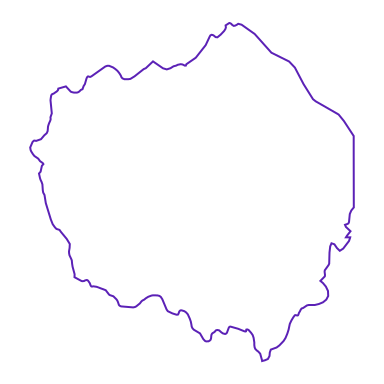 SVG path tracing the border of Olancho
{"feature_id": "HND-642", "entity_name": "Olancho", "entity_type": "Department", "adm_level": 1, "iso_a3": "HND", "parent_name": "Honduras", "parent_adm1": "", "projection": "equal_earth", "projection_center": [-86.074, 14.814], "detail": "fine", "context": "isolated", "style": "outline", "palette": "violet", "viewbox_px": 384, "rotation_deg": 0, "n_neighbors": 0, "source": "natural_earth", "source_scale": "10m", "svg_char_len": 3816}
<svg xmlns="http://www.w3.org/2000/svg" viewBox="0 0 384 384"><path d="M353.8,207.5L353.5,207.8L351.3,210.5L349.8,214.0L349.0,222.1L348.4,223.4L347.6,223.9L345.0,224.8L345.9,226.9L350.5,231.2L347.0,235.7L346.0,237.3L350.2,237.3L350.0,238.1L349.0,241.0L343.2,248.6L339.8,250.8L337.0,248.1L334.4,244.3L331.5,243.3L330.2,246.4L329.5,252.5L329.2,263.6L328.6,265.0L324.8,270.3L324.6,271.7L325.0,275.0L324.8,276.4L320.4,280.9L323.0,283.1L325.9,286.6L328.0,291.0L328.2,296.0L326.3,299.6L323.0,302.3L318.9,304.0L314.8,305.0L308.7,305.0L307.0,305.4L303.1,308.0L301.6,308.5L300.7,309.7L300.0,311.2L298.9,313.0L298.4,314.6L298.0,315.3L297.3,315.5L295.5,315.1L294.8,315.3L293.3,317.3L291.4,320.5L289.8,323.9L288.6,329.6L287.3,333.7L285.5,338.0L283.6,341.0L279.4,345.4L276.6,347.5L270.8,349.6L269.8,352.5L269.5,356.0L267.9,359.0L264.9,360.3L262.2,361.0L262.2,360.9L260.2,353.7L259.4,352.8L258.2,351.5L256.8,350.5L255.2,348.8L254.6,347.2L254.3,345.0L254.3,342.4L253.6,337.8L252.7,335.1L251.1,332.8L248.5,329.9L247.1,329.4L246.3,329.6L246.0,331.3L245.5,331.5L244.4,331.3L238.2,328.8L230.5,326.6L229.5,326.8L228.8,327.7L226.9,332.8L226.1,333.6L225.1,334.0L222.9,333.4L221.3,332.3L219.2,330.4L217.6,330.0L216.2,330.2L215.5,330.8L214.9,331.6L214.2,332.2L212.5,333.2L211.9,333.9L211.5,334.7L211.3,335.7L211.1,338.0L210.9,338.9L210.5,339.9L209.6,340.7L208.5,341.3L206.2,341.4L205.1,341.0L203.3,339.1L200.0,333.4L193.8,329.7L192.5,328.3L191.7,326.6L191.4,324.6L190.8,321.6L189.8,318.7L187.8,314.3L186.1,312.4L184.4,311.2L181.5,310.3L180.8,310.3L180.1,310.6L179.5,311.2L179.1,311.9L178.5,313.7L177.9,314.6L176.5,314.7L172.4,313.4L167.8,311.2L166.6,309.5L162.3,299.2L160.8,296.9L159.4,295.9L157.3,295.4L153.0,295.3L151.4,295.6L148.2,296.8L145.8,298.3L144.1,299.7L143.2,300.1L142.2,300.7L141.4,301.4L139.9,303.4L136.2,306.4L135.0,307.0L133.2,307.4L121.1,306.4L119.6,305.7L118.9,304.9L117.9,301.9L117.2,300.4L116.4,299.3L113.4,296.3L109.6,295.0L109.0,294.5L105.7,290.2L96.6,286.8L93.2,286.3L92.0,286.6L91.2,286.3L90.6,285.4L89.8,283.2L88.1,280.7L87.4,280.2L86.8,280.0L85.1,280.4L84.6,280.7L84.1,281.0L82.4,281.2L81.5,281.0L74.5,277.2L74.6,274.2L72.6,266.8L72.1,263.7L71.8,260.4L71.2,258.9L69.5,255.3L69.1,253.3L69.0,251.4L69.6,247.9L69.8,244.0L66.7,238.9L61.0,232.0L59.5,229.9L56.4,228.9L54.9,227.3L52.7,224.2L50.8,219.4L45.8,203.1L44.5,195.0L43.2,192.6L42.8,190.3L42.4,184.4L41.6,182.0L40.5,179.7L40.0,178.1L39.0,173.5L40.6,171.7L41.9,165.8L43.4,164.1L43.1,163.5L42.4,162.8L40.1,161.2L38.2,158.6L34.4,156.0L32.9,154.1L31.2,151.4L30.6,150.0L30.2,147.5L32.5,142.1L33.1,141.4L34.1,140.6L34.8,140.6L36.1,140.9L41.0,139.2L44.3,135.3L46.7,133.2L47.6,131.2L47.8,129.5L47.9,128.1L48.0,126.7L48.4,125.2L49.1,123.2L50.2,120.8L50.6,119.5L50.6,118.7L50.5,117.8L50.5,117.2L51.8,113.4L50.5,100.2L50.7,98.5L51.2,95.5L51.7,94.6L52.4,94.0L53.5,93.7L55.9,92.0L56.5,91.7L57.9,90.3L58.3,88.6L65.9,86.4L70.8,91.7L72.2,92.2L74.0,92.6L76.9,92.6L78.2,92.2L79.3,91.5L80.9,89.9L82.5,89.2L83.6,86.1L84.9,84.1L86.5,78.5L87.1,77.2L88.0,76.4L88.6,76.5L89.4,76.8L90.3,76.9L91.5,76.3L105.3,66.5L107.3,65.8L109.1,65.8L113.0,67.4L115.3,69.0L117.4,70.8L118.9,72.6L120.2,74.5L121.0,76.0L121.5,77.3L122.5,78.4L124.4,79.2L128.3,79.2L130.4,78.9L134.6,76.3L143.7,69.1L145.8,68.2L153.0,61.4L163.0,68.3L166.8,69.4L170.5,68.2L173.5,66.3L176.2,65.6L177.7,64.8L180.6,64.2L182.2,64.4L183.5,64.9L184.7,65.6L185.8,65.6L186.4,64.2L195.8,57.7L205.7,45.1L209.7,36.6L210.4,35.4L211.5,34.8L212.7,35.0L213.7,35.5L215.6,37.1L217.4,37.3L220.6,34.7L224.1,31.0L225.4,29.0L225.9,27.4L225.6,25.4L229.3,23.0L230.1,23.2L231.2,23.8L232.3,25.0L233.8,25.9L235.2,25.6L236.8,24.8L238.2,23.8L241.6,24.7L254.7,34.0L271.4,52.7L289.1,61.5L294.9,67.6L303.6,84.2L313.0,99.2L315.8,101.4L338.6,114.5L343.9,121.0L353.7,136.0L353.7,155.2L353.8,207.3L353.8,207.5Z" fill="none" stroke="#5b21b6" stroke-width="2"/></svg>